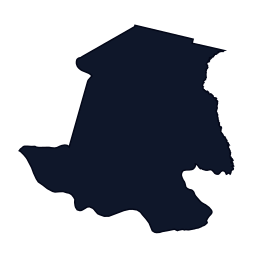 the district of Zárate, Buenos Aires, Argentina, rotated 183°
{"feature_id": "61730980B39719981669742", "entity_name": "Zárate", "entity_type": "district", "adm_level": 2, "iso_a3": "ARG", "parent_name": "Argentina", "parent_adm1": "Buenos Aires", "projection": "orthographic", "projection_center": [-59.227, -34.003], "detail": "fine", "context": "isolated", "style": "filled", "palette": "ink", "viewbox_px": 256, "rotation_deg": 183, "n_neighbors": 0, "source": "geoboundaries", "source_scale": "gbopen_adm2", "svg_char_len": 5510}
<svg xmlns="http://www.w3.org/2000/svg" viewBox="0 0 256 256"><g transform="rotate(183 128 128)"><path d="M36.0,210.4L68.4,216.0L67.6,220.1L126.4,230.9L126.7,229.5L177.7,196.7L178.3,196.1L179.0,195.8L181.1,195.1L182.2,194.1L182.6,193.5L182.9,192.1L182.9,190.5L182.8,189.6L182.5,188.7L181.7,186.9L180.5,185.5L178.6,184.0L177.0,183.1L169.9,180.6L168.3,179.6L167.5,178.9L166.8,178.0L169.6,174.4L170.3,173.4L170.7,172.2L185.8,105.8L186.2,106.1L186.7,106.8L187.8,107.4L189.3,107.6L190.5,107.6L193.1,107.0L195.0,106.2L197.8,104.7L200.1,104.1L203.4,104.2L205.9,104.5L215.8,103.8L218.2,104.0L218.9,104.2L219.6,104.6L220.3,104.7L223.4,104.4L227.5,104.5L230.3,104.3L230.8,104.2L231.6,103.8L233.3,102.1L234.0,101.6L234.4,101.2L235.4,99.6L234.1,99.0L230.7,96.0L228.2,93.3L227.0,91.7L222.1,83.4L219.9,78.2L216.9,72.5L214.7,69.5L210.0,66.6L205.3,63.3L200.0,60.8L197.5,60.3L193.0,60.9L189.4,61.2L185.9,60.3L183.3,59.9L180.8,58.6L178.4,55.9L177.1,53.6L177.3,52.7L177.3,50.9L176.7,47.7L176.1,46.0L174.4,43.7L171.8,43.1L170.7,43.2L169.5,43.7L166.6,45.6L164.8,46.9L162.4,47.4L158.8,46.0L157.1,44.5L156.8,44.0L153.8,40.9L151.9,40.1L147.2,38.7L142.5,39.0L127.9,45.4L122.4,47.0L119.3,47.2L114.6,46.7L111.1,44.7L109.1,42.3L105.3,38.4L101.9,34.3L98.3,26.7L96.0,25.4L94.1,25.1L90.9,25.5L88.2,26.5L83.3,27.6L76.3,29.4L73.3,28.2L72.1,28.7L68.6,29.6L67.7,29.6L66.3,29.2L65.1,29.6L62.6,29.5L61.7,29.6L55.9,31.0L55.2,31.4L52.7,31.9L49.4,33.5L48.7,34.1L47.3,34.6L46.3,35.2L44.2,37.2L44.0,37.8L44.2,38.3L44.8,38.9L44.7,40.2L43.5,42.6L42.3,44.4L40.8,46.1L40.0,47.4L39.8,48.4L40.0,49.4L40.7,50.5L43.0,52.9L43.9,53.5L46.6,55.3L48.2,56.0L50.8,57.4L52.5,58.9L55.8,62.3L56.9,63.5L57.6,64.4L58.1,65.4L59.0,67.4L60.4,68.9L61.8,69.5L63.1,69.6L64.3,70.0L65.9,70.8L66.4,71.2L67.2,72.0L68.3,75.7L68.9,77.1L70.3,79.0L71.4,81.1L72.2,83.1L72.3,84.2L72.2,85.5L71.6,87.1L71.2,87.8L70.1,88.6L67.7,89.2L64.8,89.4L62.1,89.9L61.0,90.4L60.3,91.0L59.1,92.7L58.8,94.0L58.7,95.1L58.8,95.6L57.9,95.4L57.2,95.0L56.3,94.2L54.9,92.4L53.6,91.2L53.3,91.2L52.8,91.5L52.6,91.5L51.2,90.7L48.2,90.0L46.6,90.0L43.8,90.8L42.5,90.6L41.7,90.2L40.1,88.7L39.0,87.4L37.8,86.8L36.9,86.6L35.6,86.6L35.0,86.9L34.0,88.0L33.1,89.3L31.7,90.3L31.2,90.3L30.1,90.2L29.1,89.8L28.6,89.3L27.7,87.7L27.4,87.5L27.3,87.0L27.0,87.1L25.8,88.1L25.3,88.3L24.9,88.2L24.3,88.0L23.9,88.0L23.7,87.9L23.8,87.6L23.6,87.3L23.4,87.5L23.0,88.9L22.9,89.3L23.0,89.8L22.7,90.5L21.9,91.7L21.6,91.9L21.1,91.9L20.8,92.3L20.7,93.1L21.3,93.9L21.2,94.5L22.2,95.0L21.6,95.4L20.6,95.6L20.7,95.8L21.2,95.9L21.6,96.2L21.4,96.8L21.2,97.4L21.2,97.6L21.7,98.2L22.3,98.3L22.0,98.7L21.9,99.0L22.1,99.1L22.9,98.8L23.2,98.8L23.4,99.3L23.3,99.7L22.7,99.4L22.4,99.6L22.8,99.8L22.9,100.1L22.9,100.4L22.4,100.7L22.5,100.9L22.7,101.0L22.8,101.2L22.7,101.4L22.3,101.4L21.7,101.2L21.5,101.3L21.8,101.7L22.9,101.6L23.0,102.0L22.5,102.5L22.5,102.8L23.1,102.9L23.6,102.7L24.1,103.2L24.1,103.4L23.5,103.7L23.5,104.0L23.7,104.3L24.4,104.4L24.7,105.3L24.7,106.0L24.5,106.5L24.4,107.1L24.6,107.5L24.7,107.8L24.3,108.4L24.7,108.6L24.7,109.3L24.9,109.8L24.9,110.5L25.3,110.8L25.5,111.4L26.0,112.6L26.3,112.9L26.8,113.2L26.9,113.5L26.6,114.6L27.5,115.7L27.6,116.1L27.0,116.1L26.1,116.3L26.8,117.2L27.3,118.4L28.3,118.6L28.4,119.1L28.8,119.3L28.8,119.7L28.6,120.2L28.6,120.8L28.9,121.1L29.2,121.1L29.4,121.3L29.5,121.7L30.0,122.3L30.0,122.8L30.4,123.2L30.7,124.0L30.9,124.2L31.6,124.1L31.9,124.4L32.2,125.0L32.8,125.7L32.9,126.3L33.5,127.1L34.2,127.5L34.3,128.0L35.1,128.8L35.2,129.7L35.3,130.2L35.1,130.5L35.1,131.4L35.0,131.7L35.2,132.1L35.3,132.5L35.2,132.7L34.7,132.9L34.9,133.8L36.5,134.2L36.6,134.4L36.6,134.7L36.9,135.6L37.5,135.8L37.6,136.0L37.5,136.3L37.2,136.4L37.0,136.6L37.2,137.2L37.0,137.8L37.9,138.7L38.1,139.3L38.0,139.9L38.5,140.2L38.5,141.6L38.5,141.8L38.9,142.2L38.9,142.4L38.8,143.2L39.3,143.9L39.2,146.0L39.7,146.6L39.9,147.6L40.7,148.9L40.9,149.5L40.9,150.0L40.5,150.4L40.4,150.7L40.3,151.7L40.0,152.4L40.1,153.3L40.4,154.1L40.4,155.3L40.1,155.9L40.2,156.3L40.1,156.8L39.9,157.3L40.1,158.3L39.9,159.3L40.0,159.5L40.5,159.9L41.1,159.9L41.5,160.6L41.8,160.6L42.0,160.8L41.7,161.3L41.1,161.8L41.3,162.3L42.1,162.6L43.6,162.7L44.1,162.9L44.4,163.4L44.7,163.8L44.8,164.6L45.7,165.2L46.0,165.7L47.1,166.4L47.5,166.4L47.9,166.2L48.6,166.2L49.2,166.6L49.3,166.9L49.3,167.7L49.6,167.9L50.5,168.8L50.9,168.9L51.0,168.7L51.1,168.2L51.8,168.1L52.7,169.2L53.5,169.4L53.8,170.1L54.8,170.4L55.0,171.0L55.2,171.5L55.2,171.9L55.4,172.6L55.4,172.8L55.1,173.1L55.6,173.4L55.7,173.8L55.9,174.1L55.5,175.9L55.7,176.3L55.2,176.7L55.0,177.1L54.6,177.2L54.5,177.4L55.0,178.1L54.9,179.3L54.3,179.6L53.6,180.3L53.2,180.4L53.2,180.7L53.3,181.0L53.3,181.4L52.8,182.0L52.6,182.4L52.6,182.9L53.0,184.0L52.9,184.7L53.1,185.8L52.9,187.4L52.9,187.5L53.3,187.6L53.3,188.0L53.1,188.1L53.1,189.0L52.8,189.8L53.0,190.8L52.9,191.0L52.2,191.3L51.5,192.6L51.9,193.4L51.8,194.2L51.9,194.7L52.2,194.8L52.3,195.1L53.1,195.6L52.6,197.2L52.2,197.7L51.9,198.5L51.7,198.7L51.6,198.3L51.1,198.2L50.6,198.4L50.5,198.6L51.0,198.9L51.1,199.3L50.9,199.4L50.4,199.3L50.2,199.4L50.2,199.7L50.6,200.3L50.6,200.7L49.9,200.9L49.7,201.0L50.2,201.4L50.2,202.5L49.7,202.7L49.2,202.5L49.0,202.2L48.5,202.1L48.2,202.4L47.6,203.5L46.8,203.5L46.5,203.8L46.5,204.1L46.4,204.4L45.8,204.9L45.6,205.3L45.7,205.8L45.5,206.1L45.0,206.3L44.7,206.2L44.2,206.2L43.3,206.6L42.8,207.5L42.1,207.7L41.7,208.1L41.5,208.4L41.7,208.9L40.3,208.8L39.9,209.2L39.8,209.5L39.1,209.4L37.5,209.5L37.1,209.4L36.9,209.6L36.9,209.9L36.8,210.1L36.0,210.4Z" fill="#0f172a" stroke="#020617" stroke-width="1.5"/></g></svg>